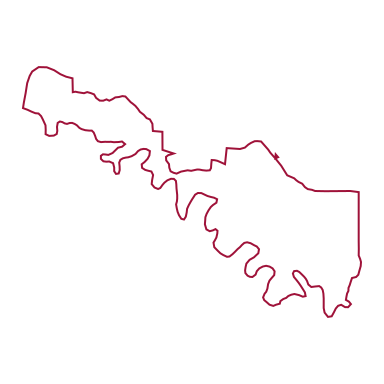 outline of Roque Gonzales, Rio Grande do Sul, Brazil
{"feature_id": "56859067B27252303388192", "entity_name": "Roque Gonzales", "entity_type": "district", "adm_level": 2, "iso_a3": "BRA", "parent_name": "Brazil", "parent_adm1": "Rio Grande do Sul", "projection": "orthographic", "projection_center": [-55.124, -28.057], "detail": "fine", "context": "isolated", "style": "outline", "palette": "rose", "viewbox_px": 384, "rotation_deg": 0, "n_neighbors": 0, "source": "geoboundaries", "source_scale": "gbopen_adm2", "svg_char_len": 4140}
<svg xmlns="http://www.w3.org/2000/svg" viewBox="0 0 384 384"><path d="M279.8,303.7L280.4,301.1L283.3,299.0L286.2,297.9L288.3,296.0L291.3,294.7L294.4,294.0L299.0,295.1L302.8,296.7L305.6,296.1L304.9,292.4L303.1,289.5L300.8,285.9L298.8,283.0L296.7,280.3L293.9,276.9L292.9,273.5L294.1,271.1L297.0,270.8L299.3,272.0L301.7,274.3L304.2,276.8L305.8,278.8L307.1,281.1L308.3,284.5L311.3,287.0L315.1,286.5L319.2,286.1L321.2,287.5L322.7,290.0L323.4,293.6L323.7,298.6L323.7,308.1L324.6,312.6L328.0,316.9L331.7,316.3L333.8,312.5L335.8,308.5L338.1,305.8L341.2,304.8L345.0,307.1L348.1,307.2L350.9,304.1L348.9,301.6L345.9,299.9L346.5,296.4L347.1,293.5L348.4,290.9L348.5,287.9L349.7,285.1L350.7,281.9L352.0,278.0L356.1,277.0L358.3,274.8L359.3,271.0L360.7,266.1L361.0,262.0L360.1,258.9L358.7,255.5L358.8,248.9L358.7,241.4L358.7,192.1L350.3,191.0L325.4,191.2L315.1,191.0L311.9,189.8L307.8,189.1L304.9,187.1L302.2,183.7L298.5,181.9L296.2,180.2L294.2,178.3L287.2,175.3L281.2,165.7L275.3,158.4L270.3,152.7L268.2,149.6L261.1,141.5L257.4,141.1L254.7,141.2L251.0,142.9L248.3,144.6L244.9,147.6L240.0,149.0L226.7,148.1L225.0,164.2L220.6,162.2L217.4,160.8L214.7,160.2L211.7,160.0L211.3,163.7L211.0,168.1L209.8,170.3L206.3,170.6L202.5,170.2L199.6,169.6L197.2,169.5L191.2,170.8L187.6,170.3L181.0,171.6L176.6,173.6L173.6,172.8L170.6,171.3L169.3,167.7L169.0,164.1L166.2,160.4L166.0,156.9L168.3,155.1L171.0,154.4L173.7,153.5L162.5,149.9L162.4,131.8L152.9,131.0L152.6,127.4L152.4,123.8L149.9,119.4L146.6,118.1L143.8,114.8L139.9,111.8L138.0,109.0L135.4,105.9L132.6,103.6L130.7,102.2L125.4,96.5L122.4,96.1L119.0,97.0L115.3,97.4L112.4,99.2L109.3,100.7L106.5,99.4L103.2,100.7L99.7,100.6L96.1,97.9L94.1,94.4L90.8,93.1L87.2,92.1L84.0,93.2L80.7,92.7L78.2,92.3L75.4,91.7L72.8,92.2L72.5,78.3L66.1,76.7L60.4,74.2L54.1,70.2L46.8,67.3L38.7,67.1L32.2,71.5L29.7,75.9L27.2,83.1L25.6,93.3L23.9,102.3L23.0,108.1L27.6,109.8L31.4,111.6L35.3,113.2L38.5,113.5L41.1,116.1L42.8,119.4L43.9,121.8L45.5,125.3L45.7,129.8L45.6,134.2L49.2,135.9L53.8,135.6L56.7,134.0L57.3,130.9L57.0,126.9L57.7,122.9L59.9,121.5L62.4,122.1L64.7,123.4L67.0,123.9L69.7,123.0L72.1,122.9L74.6,123.9L76.9,125.3L79.4,127.9L81.6,129.1L85.3,130.2L89.2,130.6L91.8,130.6L93.7,132.5L95.1,135.8L96.1,138.9L97.9,141.2L101.0,142.1L105.0,141.8L108.2,141.9L110.9,141.8L113.9,142.2L118.8,142.0L122.0,141.5L125.1,144.1L122.1,146.7L118.0,147.7L112.6,153.0L108.4,154.9L105.4,154.5L103.0,154.3L100.9,155.8L100.9,158.9L103.4,161.3L106.4,161.7L109.2,161.5L113.1,163.2L114.2,167.5L114.2,171.2L116.0,173.9L118.7,173.5L119.7,170.1L119.6,166.3L119.2,162.6L120.4,159.8L122.9,158.3L125.7,157.6L128.2,157.3L131.6,156.2L135.5,154.0L138.0,151.1L140.6,149.5L143.5,148.9L146.3,149.1L149.9,151.1L149.4,155.4L147.6,158.8L144.6,162.0L141.7,164.3L142.1,167.9L145.2,169.9L148.0,170.7L151.4,171.5L153.1,175.0L152.1,180.2L151.7,184.1L154.5,187.5L158.1,189.0L160.3,188.0L162.5,184.9L164.4,182.7L167.4,180.3L171.0,178.8L173.9,178.9L175.9,180.9L176.3,184.2L176.5,188.3L177.2,195.0L177.2,198.6L176.9,201.5L176.1,204.4L176.8,208.4L177.6,211.8L179.0,215.2L181.3,218.8L184.0,219.5L185.8,216.7L186.7,212.4L187.1,208.8L188.7,205.3L190.7,201.7L192.2,199.2L193.7,196.9L195.1,194.7L197.9,193.0L201.4,193.1L204.1,194.4L207.5,196.0L211.0,197.0L214.0,197.7L217.1,199.2L216.4,202.7L213.0,205.0L210.8,207.0L208.5,210.4L206.6,213.9L205.4,217.2L205.2,220.4L204.9,224.3L206.4,229.4L209.7,231.2L212.8,230.4L215.5,229.1L217.5,230.8L217.3,233.5L216.4,237.5L214.9,240.3L213.5,242.6L214.3,247.2L217.9,250.9L220.4,253.3L223.2,255.0L227.0,256.8L229.5,256.5L232.5,254.2L234.8,252.0L237.6,249.1L240.0,247.1L241.9,245.0L244.3,242.9L247.1,242.3L250.6,243.2L254.1,245.2L256.8,246.5L259.0,249.2L258.3,253.3L256.3,255.1L254.0,257.3L249.6,259.8L246.4,263.6L245.6,267.0L245.1,270.3L245.4,273.1L247.6,275.7L249.9,276.8L252.4,277.0L255.6,274.6L256.8,271.2L259.3,268.4L262.9,266.5L266.1,265.8L269.6,266.6L272.6,268.4L274.6,271.3L274.2,275.1L271.4,278.3L269.5,280.6L268.1,284.1L267.4,288.6L266.2,291.8L264.6,293.7L263.1,297.4L264.2,300.1L266.6,302.1L269.5,304.7L273.3,305.9L276.1,304.7L279.8,303.7ZM275.3,158.4L278.1,157.2L275.7,154.4L275.3,158.4Z" fill="none" stroke="#9f1239" stroke-width="2"/></svg>